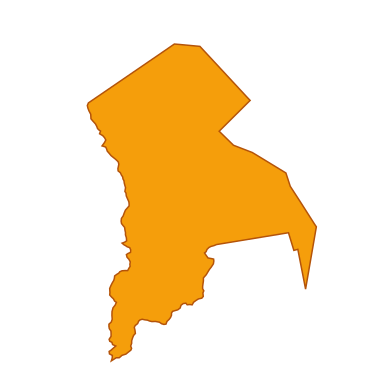 outline of Santa Cruz dos Milagres, Piauí, Brazil, rotated 258°
{"feature_id": "56859067B5248351450289", "entity_name": "Santa Cruz dos Milagres", "entity_type": "district", "adm_level": 2, "iso_a3": "BRA", "parent_name": "Brazil", "parent_adm1": "Piauí", "projection": "albers", "projection_center": [-41.95, -5.915], "detail": "fine", "context": "isolated", "style": "filled", "palette": "amber", "viewbox_px": 384, "rotation_deg": 258, "n_neighbors": 0, "source": "geoboundaries", "source_scale": "gbopen_adm2", "svg_char_len": 2618}
<svg xmlns="http://www.w3.org/2000/svg" viewBox="0 0 384 384"><g transform="rotate(258 192 192)"><path d="M332.8,230.0L334.4,224.9L338.9,210.5L340.4,205.5L335.8,194.4L329.0,177.9L300.7,109.2L298.4,107.6L295.8,107.6L292.7,108.1L289.1,109.1L284.6,108.4L281.8,109.9L278.7,111.7L275.9,112.5L273.7,112.8L272.1,113.8L270.6,115.2L268.2,113.7L265.7,116.4L263.2,117.8L260.8,118.5L258.7,116.8L255.8,113.6L253.9,116.9L251.9,117.4L249.6,117.6L246.7,119.2L244.4,120.4L242.3,122.1L240.1,123.9L238.4,125.1L236.8,126.1L234.4,126.2L232.1,125.2L230.3,124.4L228.0,124.1L225.8,125.9L223.2,126.5L221.2,127.3L219.1,127.2L217.2,127.8L214.8,127.6L212.5,127.7L210.1,127.9L208.3,127.2L206.5,126.5L204.6,127.2L201.8,126.9L198.3,127.6L195.5,128.2L193.4,128.0L191.5,127.6L189.8,125.4L188.1,123.1L185.5,121.3L182.8,119.6L180.9,117.5L178.2,116.6L175.8,116.5L174.1,117.3L171.4,118.7L168.4,118.5L166.1,118.5L163.9,118.0L161.0,118.3L157.8,117.9L156.9,115.6L156.5,113.0L154.6,114.4L153.3,115.9L151.9,117.2L150.5,119.5L148.1,120.0L145.7,119.3L145.2,116.7L144.4,114.8L141.7,114.9L139.3,116.3L136.5,117.1L134.2,116.2L132.1,116.0L130.6,114.5L128.5,112.7L129.1,110.1L129.5,107.1L129.0,104.8L127.8,103.4L127.1,101.3L126.0,98.9L123.7,98.1L121.8,97.1L119.9,95.3L117.3,93.2L114.7,91.4L110.6,90.8L108.4,90.1L105.9,91.5L103.9,92.9L101.4,93.6L99.8,95.1L97.3,93.3L95.2,90.7L91.7,88.9L87.9,88.0L84.1,87.5L81.5,85.9L80.0,83.3L77.8,82.8L75.5,82.7L72.8,83.8L70.3,83.4L67.6,82.8L65.2,80.3L63.1,80.5L61.6,82.4L59.3,82.6L57.2,85.4L55.1,81.6L54.0,79.7L53.3,77.8L50.8,77.6L48.7,80.1L46.1,79.4L43.6,78.0L45.6,83.4L45.0,86.4L46.8,89.6L47.2,93.7L48.6,96.4L50.0,99.3L51.6,100.4L54.1,100.0L56.5,101.5L59.1,102.1L61.9,103.7L63.9,105.1L65.4,107.2L68.8,107.5L71.6,107.4L73.2,108.7L74.6,111.5L76.7,112.9L77.7,114.6L77.9,116.8L76.8,119.2L75.9,121.8L74.6,123.7L73.6,125.8L73.0,129.3L71.4,133.1L69.5,134.8L68.3,137.0L68.2,139.1L70.6,140.6L72.2,143.2L73.7,144.9L75.7,146.3L77.9,146.8L79.3,148.2L79.5,150.5L79.7,153.6L81.0,156.3L83.5,157.7L84.7,160.2L84.5,162.9L82.7,163.8L82.4,166.4L81.6,168.7L83.8,170.6L85.1,173.4L86.1,176.2L86.1,179.5L87.5,181.3L91.0,181.7L92.9,183.0L95.2,182.3L97.5,182.8L100.3,183.8L102.7,184.7L105.6,185.3L108.1,188.7L110.6,191.0L112.7,193.0L114.6,195.3L117.3,198.0L119.9,199.0L121.9,199.2L123.0,196.8L124.1,194.0L126.5,192.9L129.8,191.6L130.7,193.4L132.7,194.7L134.2,197.0L134.8,199.2L135.0,202.5L135.5,205.1L132.1,277.9L113.7,279.5L113.9,283.6L73.4,282.9L132.1,306.4L135.3,305.1L159.9,295.9L177.1,289.3L191.1,287.8L211.9,265.8L218.1,259.2L229.1,242.3L245.8,231.2L269.5,267.9L273.9,265.2L332.8,230.0Z" fill="#f59e0b" stroke="#b45309" stroke-width="1.5"/></g></svg>